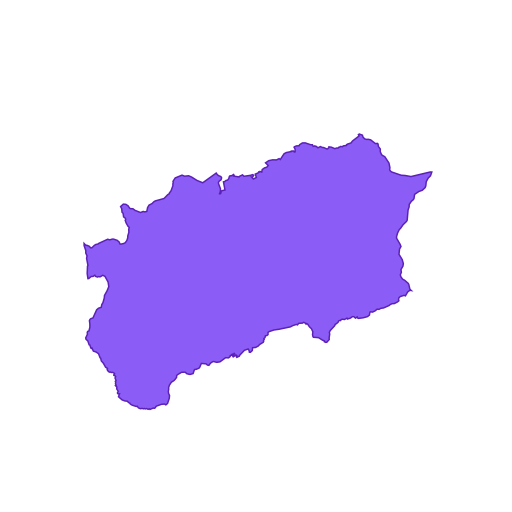 Juchipila, Zacatecas, Mexico (orthographic projection), rotated 326°
{"feature_id": "50627088B56819749517987", "entity_name": "Juchipila", "entity_type": "district", "adm_level": 2, "iso_a3": "MEX", "parent_name": "Mexico", "parent_adm1": "Zacatecas", "projection": "orthographic", "projection_center": [-103.133, 21.378], "detail": "fine", "context": "isolated", "style": "filled", "palette": "violet", "viewbox_px": 512, "rotation_deg": 326, "n_neighbors": 0, "source": "geoboundaries", "source_scale": "gbopen_adm2", "svg_char_len": 6087}
<svg xmlns="http://www.w3.org/2000/svg" viewBox="0 0 512 512"><g transform="rotate(326 256 256)"><path d="M104.0,180.8L104.7,181.2L107.8,180.8L109.5,181.8L111.6,181.8L111.6,183.2L112.8,184.8L113.7,184.9L115.1,186.1L118.2,186.3L119.4,188.4L118.8,194.9L116.8,199.1L113.2,201.5L108.3,204.0L106.8,205.9L103.0,209.1L101.0,210.0L99.0,212.0L96.2,211.2L93.8,211.5L86.2,216.2L84.0,215.6L82.8,215.8L81.7,216.5L80.4,219.2L78.5,222.1L75.6,224.7L74.2,224.4L73.2,225.2L72.5,226.6L69.0,228.7L68.5,230.1L69.1,232.3L68.0,236.3L68.5,236.9L67.6,239.9L67.8,240.5L68.5,240.5L68.0,243.9L69.8,246.3L70.8,249.0L69.8,253.2L70.1,253.9L69.1,256.4L69.5,259.6L69.1,264.1L70.0,266.1L69.2,266.8L68.9,268.0L69.4,270.2L70.6,271.0L70.8,271.6L72.1,272.3L73.0,274.1L72.9,274.6L71.7,275.0L71.4,275.5L72.1,276.4L72.2,277.5L70.9,278.3L70.3,281.1L69.3,281.2L69.1,282.2L68.0,283.4L67.8,284.9L67.0,284.9L67.4,286.8L66.2,288.3L66.1,291.2L64.7,291.9L64.4,292.5L64.6,293.2L65.8,293.9L63.3,295.8L64.5,300.4L66.3,302.9L68.1,304.4L68.4,306.2L69.1,307.5L69.0,308.4L69.9,310.4L72.6,313.8L73.5,314.1L73.6,316.1L74.7,317.9L76.4,318.7L77.3,319.8L78.2,320.0L78.6,320.8L79.8,321.2L80.9,322.8L82.1,323.0L82.3,323.9L85.7,324.6L86.6,325.4L87.7,325.5L88.9,324.8L89.7,324.8L94.7,326.1L97.4,327.6L98.0,329.0L100.2,328.8L104.5,325.5L106.3,323.3L106.7,321.0L107.7,319.1L109.0,317.8L110.1,316.1L112.1,314.6L115.3,313.3L118.4,313.4L120.1,313.0L122.3,312.2L123.3,310.8L124.5,310.5L129.4,310.8L132.4,312.8L132.7,314.7L134.5,316.8L135.3,317.4L138.1,318.3L141.1,316.0L141.8,315.8L143.0,316.5L146.0,317.1L147.1,316.8L150.6,314.5L154.3,317.5L154.7,319.2L155.8,320.3L158.4,319.4L160.9,319.4L161.8,319.7L164.0,322.2L167.0,323.6L173.9,323.3L176.3,325.1L178.3,324.9L178.9,324.2L180.2,324.7L180.5,324.2L180.9,324.7L181.6,324.2L182.1,324.7L183.4,324.5L183.5,325.2L182.4,325.0L182.2,325.9L180.9,325.8L180.6,326.5L180.7,326.9L183.6,326.9L184.4,327.4L184.4,328.0L183.4,328.5L183.4,329.3L186.2,329.7L187.2,329.1L193.7,327.7L197.5,328.7L197.4,330.6L196.7,332.0L197.5,332.7L200.1,332.3L201.9,330.1L204.5,331.6L205.8,331.7L207.5,331.9L209.6,331.4L213.7,331.6L214.7,331.0L215.1,330.1L216.2,329.7L216.4,328.8L217.8,328.7L219.2,327.4L220.5,328.0L222.0,327.9L223.3,326.0L225.0,326.1L229.6,327.4L234.1,329.6L244.9,334.0L247.8,334.3L250.5,335.1L251.5,335.6L251.9,336.3L253.7,335.7L257.0,337.6L258.5,337.7L259.4,339.4L259.4,340.5L260.3,340.4L260.7,341.4L260.7,344.6L261.3,347.3L260.7,350.7L258.9,352.8L258.1,354.8L258.2,355.5L262.2,358.7L264.1,363.0L265.2,364.5L264.7,365.2L265.5,366.6L266.5,367.1L270.0,366.2L270.9,364.7L273.4,362.0L274.1,360.3L275.9,359.3L282.3,357.8L283.5,356.9L284.7,357.1L287.1,356.8L288.0,356.1L289.0,356.1L290.0,356.8L290.9,356.4L292.1,356.6L293.8,358.1L296.7,358.4L296.6,359.4L299.6,360.3L302.0,360.2L303.2,361.0L303.7,363.1L305.8,363.1L305.5,364.0L306.0,365.0L310.4,367.2L314.6,368.6L317.0,368.4L319.0,366.3L319.7,366.3L321.3,367.7L324.2,368.1L326.7,367.8L328.1,369.0L330.3,369.2L332.7,370.4L338.8,371.5L340.1,371.3L342.1,371.6L344.1,372.8L347.7,373.2L349.4,373.0L349.9,371.7L351.2,370.5L352.9,370.3L356.7,371.4L357.6,372.6L361.7,370.6L364.4,370.5L365.4,371.4L365.0,369.6L366.7,365.2L366.9,363.9L365.7,359.3L364.6,357.2L364.5,354.3L365.1,352.3L367.4,350.8L368.6,348.3L372.1,346.6L373.9,344.7L375.2,340.8L375.5,334.5L378.9,330.5L381.5,329.2L382.0,326.8L382.5,319.8L383.5,318.4L386.4,316.0L389.8,314.1L391.0,314.0L395.5,312.3L400.1,311.5L401.4,310.8L407.7,303.0L410.4,300.9L411.9,298.9L415.5,297.5L417.7,297.3L419.0,296.8L422.0,293.6L427.2,293.6L430.6,294.5L434.4,293.9L436.0,292.8L438.5,289.8L439.6,289.1L442.3,287.7L445.5,287.1L448.7,284.7L447.5,283.8L428.9,276.8L424.6,272.6L421.5,270.2L415.3,262.0L414.9,260.1L415.1,259.2L416.5,257.5L418.2,253.3L418.3,245.7L417.0,243.2L416.8,241.9L417.4,238.9L418.9,236.8L418.7,233.7L419.8,231.4L419.6,230.5L418.0,229.7L417.7,229.1L416.0,223.8L414.3,222.0L412.9,221.2L411.6,219.7L411.2,217.2L411.8,215.3L409.8,212.6L408.7,212.7L408.7,214.1L400.4,214.6L397.9,215.4L394.5,214.4L394.1,214.7L393.4,214.3L392.7,214.9L389.9,213.5L388.9,213.8L387.2,212.4L386.1,212.5L385.3,212.1L384.2,212.4L383.3,211.6L381.4,211.1L379.3,207.9L377.5,206.3L377.0,206.9L375.2,207.2L374.6,206.9L372.8,204.0L371.5,202.9L370.6,201.3L367.8,200.9L367.3,198.9L366.9,198.4L366.4,198.3L366.3,197.6L364.7,197.1L365.0,195.3L363.7,194.5L360.1,189.8L357.7,188.2L354.4,188.1L353.4,188.7L351.0,187.3L348.8,186.9L348.4,187.1L348.2,189.2L346.7,191.5L345.9,191.2L345.8,189.9L344.0,188.8L343.8,189.2L339.0,187.2L336.5,186.9L330.1,189.6L329.6,188.2L326.7,187.8L323.6,185.6L319.9,184.1L316.0,184.1L316.7,187.8L314.5,188.4L312.3,187.7L309.5,187.8L307.7,189.6L306.6,188.1L305.8,188.4L305.3,187.8L304.1,188.3L301.2,187.7L300.2,191.1L296.9,190.7L296.4,188.0L297.4,188.6L299.2,187.8L298.8,186.7L296.5,186.0L290.6,183.2L290.2,181.2L286.8,180.7L286.2,181.0L282.2,177.3L282.9,177.0L283.0,175.9L280.6,175.8L279.3,175.0L278.5,175.1L276.7,176.6L274.9,177.2L273.3,176.6L271.7,176.8L270.5,176.3L267.2,183.9L263.5,182.6L262.1,184.2L261.0,184.4L260.6,184.0L262.4,182.7L264.1,180.5L265.4,175.1L266.1,173.9L267.6,173.3L269.6,173.3L271.2,172.0L271.3,170.5L270.0,168.6L269.4,166.9L269.4,165.0L252.8,165.5L249.3,160.3L246.8,154.6L245.0,151.8L241.4,149.9L239.9,147.6L232.7,146.1L228.9,147.7L228.3,149.1L227.4,149.7L226.5,151.2L222.1,154.4L219.3,155.4L218.9,155.9L217.2,155.8L211.9,156.9L203.3,154.0L201.7,153.9L199.2,154.4L195.7,154.0L193.1,155.3L190.4,158.0L188.4,157.2L187.4,156.0L184.6,155.4L181.2,150.5L180.4,148.0L178.5,146.6L178.0,145.7L178.0,142.8L177.0,140.4L175.0,138.8L171.4,139.3L171.1,141.7L169.4,144.8L169.7,146.3L168.1,149.5L168.8,151.7L168.4,152.8L167.5,153.3L166.8,156.1L166.5,159.8L166.9,161.4L165.4,162.7L163.9,165.2L161.0,167.6L159.7,169.3L157.6,170.9L155.0,171.9L153.2,171.6L150.6,170.6L149.9,169.8L150.4,168.1L149.7,165.4L147.4,162.4L146.5,161.7L143.7,160.8L142.5,159.2L132.8,157.6L131.5,157.7L129.8,156.9L128.1,156.8L124.5,157.4L123.5,156.8L123.2,154.7L121.7,152.4L120.9,152.0L120.5,149.5L119.3,151.3L117.9,156.4L116.5,158.4L116.0,161.4L114.3,163.1L111.4,169.8L110.6,170.2L106.2,176.2L104.0,180.8Z" fill="#8b5cf6" stroke="#5b21b6" stroke-width="1.5"/></g></svg>